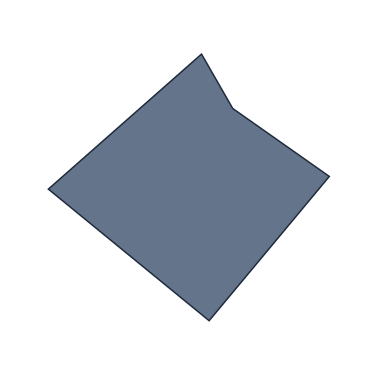 outline of 46, Ad Dawhah, Qatar, rotated 161°
{"feature_id": "91078587B47528801235686", "entity_name": "46", "entity_type": "district", "adm_level": 2, "iso_a3": "QAT", "parent_name": "Qatar", "parent_adm1": "Ad Dawhah", "projection": "equal_earth", "projection_center": [51.544, 25.231], "detail": "fine", "context": "isolated", "style": "filled", "palette": "slate", "viewbox_px": 384, "rotation_deg": 161, "n_neighbors": 0, "source": "geoboundaries", "source_scale": "gbopen_adm2", "svg_char_len": 262}
<svg xmlns="http://www.w3.org/2000/svg" viewBox="0 0 384 384"><g transform="rotate(161 192 192)"><path d="M217.7,64.7L217.2,65.0L216.8,65.3L57.1,162.0L126.3,257.7L138.1,319.3L326.9,241.5L217.7,64.7Z" fill="#64748b" stroke="#1e293b" stroke-width="1.5"/></g></svg>